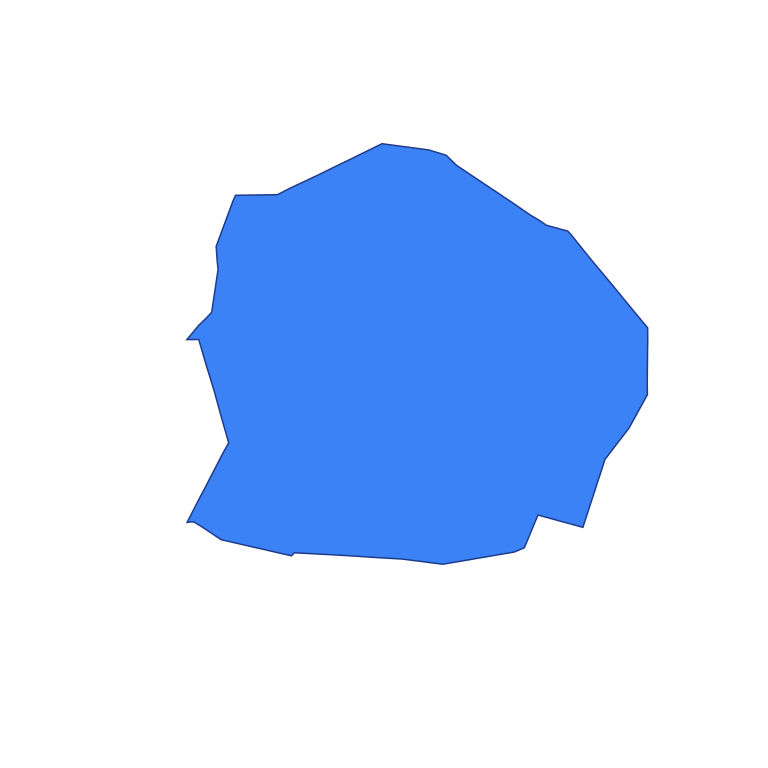 outline of Villa Tejúpam de la Unión, Oaxaca, Mexico, rotated 138°
{"feature_id": "50627088B36340506209634", "entity_name": "Villa Tejúpam de la Unión", "entity_type": "district", "adm_level": 2, "iso_a3": "MEX", "parent_name": "Mexico", "parent_adm1": "Oaxaca", "projection": "mercator", "projection_center": [-97.464, 17.665], "detail": "fine", "context": "isolated", "style": "filled", "palette": "blue", "viewbox_px": 768, "rotation_deg": 138, "n_neighbors": 0, "source": "geoboundaries", "source_scale": "gbopen_adm2", "svg_char_len": 1167}
<svg xmlns="http://www.w3.org/2000/svg" viewBox="0 0 768 768"><g transform="rotate(138 384 384)"><path d="M567.7,318.2L563.6,318.6L536.6,291.6L529.0,283.9L523.0,277.8L504.2,258.5L487.7,241.8L461.0,210.8L399.7,172.0L389.2,168.4L357.3,183.6L332.1,144.4L300.9,162.4L298.9,163.5L297.2,164.5L294.5,166.1L293.8,166.5L293.3,166.8L292.1,167.5L290.8,168.3L290.1,168.7L288.6,169.5L287.0,170.4L270.6,179.9L270.4,180.0L270.1,180.1L249.4,184.0L231.7,187.2L195.4,199.8L188.5,207.7L162.9,235.6L159.1,239.6L150.5,249.3L149.6,271.8L149.3,278.7L148.1,304.0L146.9,336.6L146.1,352.0L146.0,353.1L145.1,368.8L145.1,372.5L145.1,372.8L145.1,374.6L157.1,393.3L158.9,401.0L162.3,412.0L167.4,433.4L175.6,465.6L183.8,498.0L184.7,512.3L194.2,528.1L224.7,563.9L296.1,584.3L322.8,592.4L336.5,596.0L368.1,623.6L369.8,622.8L373.3,621.3L416.6,598.6L425.1,587.8L430.8,580.0L432.1,579.0L444.9,568.4L464.1,552.6L472.2,551.9L482.3,551.6L500.8,548.9L491.9,541.0L503.5,517.0L514.5,493.2L526.2,469.9L538.8,444.2L551.1,440.0L558.0,437.4L574.6,431.1L586.0,426.8L602.1,420.9L622.9,412.9L619.1,410.2L617.5,408.3L615.2,400.8L609.2,377.2L567.7,318.2Z" fill="#3b82f6" stroke="#1e3a8a" stroke-width="1.5"/></g></svg>